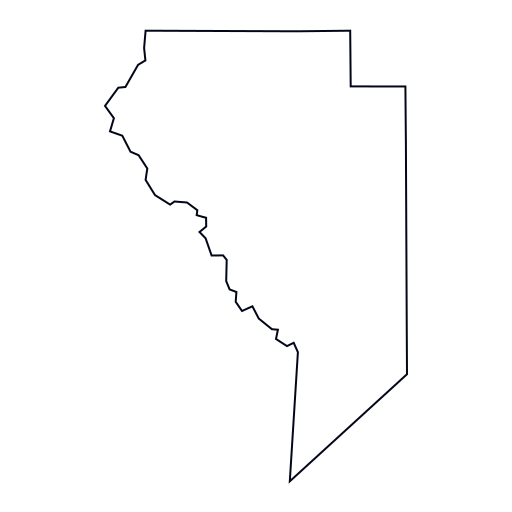 Okeechobee, Florida, United States of America (Robinson projection)
{"feature_id": "52423323B15399017802977", "entity_name": "Okeechobee", "entity_type": "district", "adm_level": 2, "iso_a3": "USA", "parent_name": "United States of America", "parent_adm1": "Florida", "projection": "robinson", "projection_center": [-80.998, 27.301], "detail": "fine", "context": "isolated", "style": "outline", "palette": "ink", "viewbox_px": 512, "rotation_deg": 0, "n_neighbors": 0, "source": "geoboundaries", "source_scale": "gbopen_adm2", "svg_char_len": 704}
<svg xmlns="http://www.w3.org/2000/svg" viewBox="0 0 512 512"><path d="M405.4,86.5L350.7,86.4L350.2,30.7L296.7,31.3L145.6,30.7L144.1,48.0L145.4,60.4L138.1,64.8L125.4,87.0L118.3,87.7L105.0,105.9L113.9,118.2L110.0,131.4L122.3,135.7L130.5,151.7L138.6,155.2L147.3,168.5L145.6,179.9L155.0,195.1L170.1,204.6L174.5,201.5L187.0,202.5L197.3,210.2L196.7,215.2L206.1,217.8L206.2,226.5L199.5,232.0L205.6,238.3L211.6,255.5L223.1,255.4L226.7,259.9L226.2,281.1L229.6,289.4L236.4,292.0L235.7,301.8L242.0,311.0L252.4,306.3L258.8,318.6L271.9,329.2L277.9,329.7L276.0,339.0L287.0,346.1L293.7,342.8L297.9,352.2L289.8,481.3L407.0,374.2L406.7,318.6L405.9,143.6L405.4,86.5Z" fill="none" stroke="#020617" stroke-width="2"/></svg>